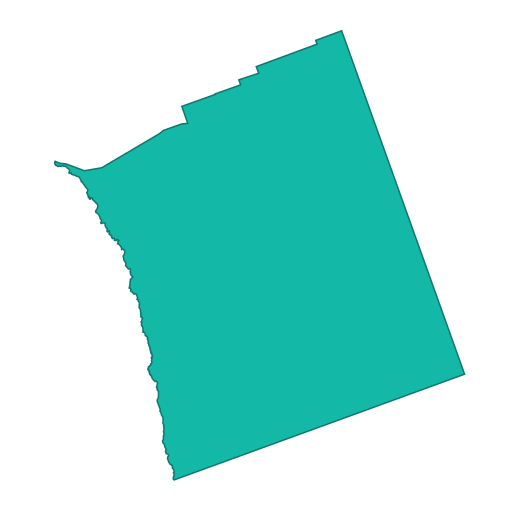 Gobernador Dupuy, San Luis, Argentina (Equal Earth projection), rotated 340°
{"feature_id": "61730980B64718886155143", "entity_name": "Gobernador Dupuy", "entity_type": "district", "adm_level": 2, "iso_a3": "ARG", "parent_name": "Argentina", "parent_adm1": "San Luis", "projection": "equal_earth", "projection_center": [-66.474, -35.326], "detail": "fine", "context": "isolated", "style": "filled", "palette": "teal", "viewbox_px": 512, "rotation_deg": 340, "n_neighbors": 0, "source": "geoboundaries", "source_scale": "gbopen_adm2", "svg_char_len": 6150}
<svg xmlns="http://www.w3.org/2000/svg" viewBox="0 0 512 512"><g transform="rotate(340 256 256)"><path d="M411.6,438.4L413.5,73.6L385.9,73.8L385.8,77.8L321.0,78.1L321.0,85.2L302.7,84.6L302.7,84.9L302.3,85.0L302.0,84.7L300.1,84.6L300.1,89.9L273.1,89.7L273.1,90.2L237.5,90.0L237.2,108.0L231.3,106.5L212.0,106.3L207.6,107.9L141.2,120.3L123.9,117.2L109.0,104.5L103.5,101.8L99.6,98.3L98.6,99.7L98.5,100.3L98.8,102.2L99.7,102.9L100.3,104.0L100.6,104.2L102.0,104.3L103.4,105.1L103.8,105.2L104.9,104.9L105.3,105.1L105.9,105.7L107.6,106.6L108.1,107.2L108.5,108.4L110.2,111.0L109.7,112.6L108.9,113.5L108.7,114.0L108.8,114.5L109.6,114.4L110.6,114.7L110.8,114.9L110.4,115.5L110.5,115.9L110.9,116.4L112.2,117.4L113.2,117.9L113.6,118.4L114.0,118.7L114.8,119.7L116.1,120.7L116.7,121.3L116.9,121.8L117.2,122.7L117.1,123.5L117.5,124.8L117.5,125.2L117.2,125.8L117.2,126.2L117.6,126.8L118.0,127.3L118.2,127.9L118.4,129.1L119.0,131.0L119.3,131.4L119.3,132.0L119.2,132.6L119.4,133.1L120.2,134.3L120.5,135.3L120.6,136.4L119.6,137.9L118.7,138.4L118.6,138.8L118.8,140.0L118.7,141.2L118.9,141.9L119.5,142.8L119.5,143.2L119.2,143.5L118.8,143.1L118.5,143.2L118.5,143.4L118.6,143.9L119.2,144.5L119.3,144.9L119.1,145.6L119.4,145.9L119.8,145.9L120.1,145.6L119.9,144.9L120.0,144.7L120.6,144.9L120.6,145.3L120.9,145.5L122.0,145.6L122.1,145.9L121.8,146.8L121.9,147.2L122.2,147.4L122.3,147.9L122.2,148.2L122.4,148.6L122.7,148.8L123.0,149.3L123.9,151.8L124.6,152.6L124.5,153.5L124.6,154.8L124.4,155.2L123.0,157.2L121.7,158.0L120.4,159.4L120.5,160.3L122.5,163.3L122.4,164.5L122.7,166.4L122.3,167.7L123.1,169.3L123.2,169.8L121.8,171.1L121.5,172.0L121.5,172.3L121.7,172.6L122.6,172.6L123.6,172.2L124.2,173.0L125.0,173.2L125.3,174.0L124.6,175.9L124.8,177.2L124.8,178.0L125.0,178.6L125.7,179.6L124.4,181.5L124.7,182.1L124.7,182.5L125.4,182.6L126.1,182.5L126.4,182.2L126.8,182.2L126.6,183.9L125.9,184.1L125.5,185.4L126.0,186.2L127.3,187.5L126.9,188.1L126.6,189.2L126.8,189.6L127.0,189.6L127.0,190.1L127.2,190.6L128.7,190.7L129.0,190.8L129.1,191.5L128.7,192.0L128.3,192.7L128.9,193.3L129.6,193.5L130.3,193.4L131.0,192.9L131.3,193.1L131.5,193.5L132.1,193.8L132.3,194.3L132.0,194.7L131.5,194.7L131.1,195.3L130.8,196.6L130.2,197.0L130.3,197.5L130.7,197.7L131.6,199.1L132.0,199.8L132.0,200.6L132.6,201.2L132.6,201.5L132.3,201.7L132.4,202.4L132.2,203.0L131.9,203.6L131.9,203.9L132.4,203.7L133.2,203.9L134.1,205.6L134.3,206.2L134.1,207.6L133.8,208.1L133.1,208.7L132.9,209.4L132.6,209.7L131.1,210.6L130.9,211.4L131.0,212.5L130.6,213.7L130.5,215.1L131.0,216.3L130.9,216.8L131.4,217.9L130.8,219.6L130.2,220.2L130.2,220.6L130.3,220.7L130.5,221.0L130.4,221.3L131.1,222.9L131.3,223.7L131.8,224.7L132.4,224.5L133.1,224.6L133.4,226.0L133.4,226.4L132.4,227.3L132.2,228.3L132.3,228.6L132.3,229.1L132.0,229.6L131.9,230.2L132.1,231.4L132.4,231.7L132.6,232.9L133.0,233.1L133.1,233.4L132.0,234.0L131.5,234.8L130.2,234.8L129.8,235.2L129.6,235.8L129.6,236.3L129.4,236.9L128.7,237.2L128.5,238.2L127.4,240.4L127.1,240.7L126.9,241.2L126.7,241.7L125.8,242.6L125.9,243.0L126.8,243.3L127.1,244.4L126.2,245.8L126.4,246.5L127.5,247.7L127.9,248.6L127.8,249.1L127.9,249.5L128.2,250.0L128.7,250.2L129.3,250.1L130.0,250.3L130.5,251.7L130.8,252.1L130.5,252.8L130.4,255.0L130.2,255.3L129.3,255.9L129.4,256.1L129.7,256.2L130.1,256.2L130.1,256.9L129.9,257.9L130.2,258.8L130.2,261.1L130.0,261.7L129.6,261.8L129.6,262.4L128.6,264.0L128.5,264.5L128.6,265.2L129.0,266.4L128.7,268.2L128.5,268.5L128.3,269.2L128.5,269.9L128.3,270.5L127.9,270.8L127.6,271.7L127.5,272.6L126.9,273.5L127.5,274.0L127.3,274.3L128.2,275.5L128.2,275.8L127.7,276.3L127.4,276.3L126.7,277.6L126.3,278.2L125.6,278.4L125.4,278.8L125.8,279.3L125.8,279.6L125.6,280.0L125.0,280.8L125.0,281.6L124.8,282.0L124.7,282.5L125.0,282.9L125.2,284.3L124.8,286.3L123.9,288.1L123.8,289.1L124.7,289.6L125.1,290.0L125.3,290.4L125.2,291.3L124.7,292.9L124.9,293.3L125.8,293.6L125.9,293.8L125.8,294.5L126.4,295.5L126.3,295.9L125.8,296.3L125.6,296.8L125.7,298.2L125.6,298.8L125.4,299.3L125.3,300.1L124.8,300.9L125.0,302.3L124.7,303.3L124.9,304.6L125.2,305.5L124.5,306.5L124.9,307.3L124.3,308.4L124.3,308.9L124.8,309.4L124.1,310.6L124.2,311.5L124.5,311.5L124.8,311.8L124.3,312.5L124.3,313.2L124.6,313.7L124.6,314.5L124.1,315.5L123.8,315.6L123.4,315.2L123.2,315.3L123.0,315.7L122.8,315.9L122.7,316.3L123.0,316.8L123.0,317.2L122.1,318.4L121.9,318.8L121.8,320.6L120.9,321.2L120.2,321.3L120.0,321.5L119.8,322.3L119.4,322.5L118.5,322.8L118.0,323.2L117.0,323.4L116.6,324.0L116.6,324.4L116.4,324.7L115.6,325.3L115.5,325.8L116.0,326.8L116.4,327.4L116.5,327.6L116.1,327.7L115.8,328.1L115.9,329.6L115.7,330.7L116.3,330.9L116.5,331.1L116.5,331.4L116.1,331.9L116.2,332.5L116.9,333.1L116.6,334.2L116.6,335.3L117.1,336.7L117.1,337.2L117.9,338.5L118.0,339.0L118.6,339.5L119.0,339.4L119.4,339.6L120.1,340.7L119.8,341.7L119.8,342.4L118.8,343.4L118.6,344.1L117.8,344.8L117.5,345.5L117.5,345.8L118.0,346.3L118.1,346.7L117.9,347.2L117.4,347.6L117.4,348.1L117.8,349.0L118.0,350.2L117.2,352.0L117.1,352.7L116.5,353.9L116.1,355.2L115.6,356.0L114.2,357.1L113.5,358.6L113.5,361.7L113.3,362.3L113.4,362.7L113.6,363.1L113.4,365.5L113.6,366.3L113.6,367.1L113.4,367.7L112.7,368.7L113.1,370.3L112.8,373.0L113.1,374.2L113.3,376.5L112.8,377.5L112.2,379.7L111.5,380.6L111.4,381.0L111.3,381.9L111.5,382.8L111.5,383.2L111.0,384.2L110.9,385.6L110.4,386.7L110.4,387.4L109.1,389.1L108.9,389.8L108.8,391.5L108.6,392.1L108.0,392.7L107.1,394.2L106.5,396.1L106.2,396.7L105.9,397.1L105.5,397.2L105.0,397.7L104.7,399.4L104.9,400.4L105.2,400.9L105.3,401.5L105.4,402.4L105.0,403.8L105.0,404.3L105.3,405.5L105.4,406.5L105.3,407.1L104.4,408.2L104.0,409.0L104.2,409.8L104.0,410.8L104.1,411.1L104.7,411.4L105.6,412.3L105.6,413.4L105.3,414.0L104.5,414.6L103.9,415.3L103.6,416.2L103.5,416.9L103.7,418.4L103.5,419.0L103.6,420.0L103.8,420.6L103.8,421.7L104.0,422.2L104.7,423.1L104.9,423.5L105.1,423.8L105.4,423.8L105.8,424.5L105.8,424.8L105.4,425.2L105.0,426.1L105.0,426.8L105.6,428.9L105.4,429.7L105.4,430.6L105.2,431.0L104.5,431.2L104.3,431.6L104.5,432.1L104.4,433.2L103.8,434.2L103.3,435.2L102.8,435.5L102.1,436.8L102.0,437.5L102.4,438.1L102.2,438.3L101.8,438.4L411.6,438.4Z" fill="#14b8a6" stroke="#0f766e" stroke-width="1.5"/></g></svg>